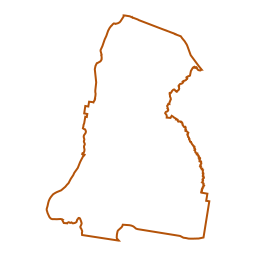 the district of Penrith, New South Wales, Australia
{"feature_id": "25037944B77698637071191", "entity_name": "Penrith", "entity_type": "district", "adm_level": 2, "iso_a3": "AUS", "parent_name": "Australia", "parent_adm1": "New South Wales", "projection": "albers", "projection_center": [150.748, -33.748], "detail": "fine", "context": "isolated", "style": "outline", "palette": "amber", "viewbox_px": 256, "rotation_deg": 0, "n_neighbors": 0, "source": "geoboundaries", "source_scale": "gbopen_adm2", "svg_char_len": 5798}
<svg xmlns="http://www.w3.org/2000/svg" viewBox="0 0 256 256"><path d="M201.7,69.7L199.0,66.4L190.7,55.2L187.4,46.1L186.8,44.7L184.7,41.3L182.2,38.3L180.8,36.3L175.2,34.2L175.3,34.0L159.4,28.0L138.8,20.1L137.8,19.5L133.0,17.7L132.7,17.8L132.1,17.1L131.9,17.3L129.8,16.3L124.9,15.5L123.6,15.4L123.6,16.5L120.5,21.3L119.6,22.3L118.0,23.2L115.8,23.8L115.4,23.9L115.1,23.6L114.7,23.5L114.1,23.6L113.7,23.5L112.4,24.6L111.9,25.4L111.1,26.0L109.6,28.0L108.1,30.8L106.3,36.0L104.7,39.4L102.4,46.1L100.7,49.8L100.6,50.1L100.6,51.1L101.6,54.7L101.3,54.9L101.2,55.2L101.3,55.6L101.5,55.9L101.7,57.7L101.6,58.3L101.7,58.9L101.5,59.0L101.2,60.4L100.2,61.5L97.5,63.0L96.8,63.2L95.5,65.9L94.8,69.2L96.2,82.4L95.3,90.4L95.3,92.0L95.6,93.8L95.4,96.0L94.8,99.1L95.0,99.1L94.9,99.7L94.4,100.7L94.0,101.1L93.9,101.5L93.5,102.0L93.4,102.4L92.5,102.1L89.1,101.7L88.3,106.5L85.3,106.0L84.2,113.4L87.3,114.0L86.8,117.0L85.3,116.7L84.2,123.2L83.5,125.0L83.4,126.2L82.9,128.3L83.9,129.0L85.1,129.4L85.7,130.7L85.9,131.5L85.8,132.3L85.5,133.1L84.1,135.1L83.7,136.2L83.8,137.5L84.3,139.1L84.3,139.8L83.9,141.1L83.9,141.8L84.7,143.6L84.8,144.1L84.7,144.7L84.1,145.9L84.0,146.5L84.0,147.2L84.5,149.5L84.4,150.8L84.2,151.6L83.8,152.5L83.3,152.9L82.5,153.2L82.2,154.2L83.1,154.9L83.4,154.9L84.1,154.5L84.6,154.7L84.3,155.3L83.0,156.5L81.3,159.7L80.1,162.1L77.8,167.9L74.3,172.8L73.2,175.2L70.8,178.8L68.5,183.2L67.1,184.6L65.3,186.8L61.2,190.3L56.6,192.2L54.8,193.2L53.1,194.3L51.1,196.7L49.9,198.5L48.9,200.6L48.3,202.6L47.5,206.2L46.7,208.9L46.7,210.0L47.3,212.0L47.6,213.1L49.4,217.0L50.6,218.4L51.3,218.8L52.1,219.1L57.0,219.2L60.5,219.0L62.1,219.3L62.7,219.7L62.2,220.0L63.8,223.0L67.0,223.3L67.0,223.0L68.8,222.2L70.2,222.9L71.5,222.4L71.8,222.6L72.4,223.2L73.0,223.3L74.8,223.0L76.4,222.1L77.1,220.2L77.2,219.6L77.9,219.0L78.5,218.0L78.9,217.9L79.5,218.1L80.0,218.5L81.2,221.6L81.3,222.3L81.6,223.0L81.6,223.6L81.3,224.6L80.3,226.8L80.6,227.9L81.1,228.4L82.2,231.1L82.2,231.4L81.9,233.0L82.1,235.0L118.7,240.6L118.8,240.6L117.0,238.6L116.7,237.7L116.9,234.6L117.5,231.6L117.7,231.0L118.2,230.3L121.4,227.4L122.1,226.5L122.4,225.9L122.7,224.9L122.8,224.7L129.5,225.2L131.4,225.6L133.1,226.3L133.9,226.8L136.0,228.6L137.5,229.1L179.2,235.8L180.2,236.0L183.4,237.7L186.3,238.1L188.5,238.6L191.6,238.7L198.7,238.5L203.5,237.5L209.3,201.3L206.2,200.8L207.4,193.7L201.2,192.6L201.1,192.3L201.4,191.4L201.8,191.2L201.8,190.9L201.7,190.5L202.0,190.4L202.0,190.1L202.0,189.9L201.8,189.8L201.8,189.5L202.2,189.2L202.0,188.7L202.2,188.3L202.7,188.1L202.6,187.7L202.8,187.4L202.8,187.1L203.4,186.8L203.4,186.7L203.3,186.3L203.7,186.1L204.0,185.6L203.7,185.5L203.3,184.8L203.6,184.4L203.5,184.1L203.6,183.5L203.1,183.1L203.0,182.9L202.6,182.8L202.6,182.2L202.3,182.1L202.7,181.7L202.6,181.2L203.1,180.7L203.0,180.0L202.6,179.9L202.5,179.7L202.5,179.3L203.9,177.9L203.9,177.6L203.5,177.4L203.5,177.0L203.2,176.8L203.6,176.5L203.6,176.3L202.9,176.0L202.8,175.3L203.1,174.4L203.3,174.3L203.4,173.9L203.4,173.6L202.8,173.5L202.7,173.3L203.0,172.6L202.8,172.3L202.8,170.7L203.0,170.1L202.5,169.9L202.3,169.5L201.9,169.4L202.2,168.6L201.2,168.3L200.8,167.7L200.7,167.0L200.3,166.7L201.0,166.2L200.9,166.0L200.3,165.9L200.2,165.5L200.5,165.2L200.4,164.8L201.3,163.7L201.1,163.3L201.2,162.3L201.1,161.6L200.4,161.7L199.6,161.4L199.9,160.7L199.8,160.2L199.7,160.0L199.4,160.0L199.3,159.8L199.7,159.5L199.7,159.2L200.1,158.8L200.1,158.1L199.9,157.9L199.5,158.2L198.8,158.0L199.0,157.0L198.5,156.8L198.4,156.6L198.7,155.9L198.6,155.7L198.2,155.4L198.1,155.0L197.9,154.8L197.4,154.8L196.8,154.5L197.0,154.0L197.4,153.7L197.4,153.4L197.1,153.3L196.7,153.5L195.4,152.4L195.4,151.6L195.2,151.2L194.9,150.2L194.5,150.0L194.8,149.6L194.8,149.3L195.1,149.2L194.9,148.6L194.2,148.1L194.1,147.3L194.1,147.1L194.5,146.9L194.5,146.6L194.4,146.5L193.9,146.6L193.6,146.4L193.2,145.4L192.9,145.3L192.3,144.4L192.0,144.1L191.8,143.7L191.7,143.2L191.2,142.8L191.0,142.5L191.0,141.9L190.0,141.6L189.9,141.0L189.7,140.2L189.1,139.5L189.4,138.9L189.0,138.6L189.0,137.9L188.9,137.7L188.6,137.4L188.5,137.1L188.1,136.9L188.2,136.5L187.9,136.1L187.8,135.4L187.5,135.1L187.4,134.9L187.3,134.4L187.9,134.2L188.0,133.5L187.9,133.2L188.2,133.0L188.3,132.8L187.7,132.4L187.6,132.0L186.9,131.4L185.4,130.9L185.4,130.6L185.8,130.1L185.5,129.6L185.9,129.4L185.4,128.2L185.7,127.7L185.6,127.2L185.2,126.8L184.6,127.2L183.8,126.8L183.1,125.5L182.7,125.2L182.5,124.5L182.7,124.1L182.2,123.5L182.1,123.0L182.2,122.7L181.5,121.9L181.0,121.6L180.5,122.0L179.8,121.4L178.8,121.4L178.3,121.6L177.7,120.7L177.7,119.8L176.1,119.5L176.4,118.9L173.8,117.4L173.4,116.9L171.7,115.8L170.5,117.9L166.7,117.6L166.8,116.5L166.7,116.0L166.6,115.2L165.8,114.0L165.2,113.3L165.3,112.8L165.8,112.0L166.5,111.6L167.3,111.4L167.6,111.2L168.2,110.2L168.2,109.7L167.8,109.0L168.0,109.0L167.5,107.0L167.2,106.5L167.2,105.7L168.3,104.5L168.4,104.3L168.2,104.0L168.4,103.7L168.6,103.6L168.8,103.9L169.4,104.0L169.3,103.3L169.6,102.7L169.7,101.8L170.1,101.1L170.3,100.2L170.8,99.6L170.7,98.1L170.0,96.6L169.9,94.8L169.6,94.0L169.7,92.9L170.0,92.8L170.6,93.1L170.9,92.9L171.7,91.7L172.1,90.9L173.2,89.8L173.8,89.5L174.4,89.5L175.8,91.2L176.7,91.8L176.9,91.7L176.7,91.2L176.9,90.9L177.6,90.8L177.9,90.4L178.5,90.1L179.0,89.3L179.2,88.5L178.9,87.6L179.1,86.7L178.6,86.2L178.6,85.7L178.9,85.4L179.1,85.6L179.3,84.8L180.2,83.9L181.6,83.7L182.8,82.8L183.4,81.8L183.2,81.7L182.7,81.8L182.6,81.6L183.6,80.9L184.8,80.6L185.8,80.1L186.1,79.9L186.4,79.3L187.1,79.0L187.3,78.5L187.3,78.2L186.6,77.8L186.4,77.4L186.5,77.2L187.9,76.4L189.7,75.8L190.0,75.5L190.9,71.0L192.6,68.1L192.9,68.0L193.0,67.6L193.5,67.2L194.1,66.9L194.3,67.7L195.7,67.9L195.9,67.7L195.9,67.1L196.3,67.1L196.8,67.7L197.2,68.8L197.8,69.6L198.4,70.1L200.2,70.5L200.7,70.3L201.4,69.7L201.7,69.7Z" fill="none" stroke="#b45309" stroke-width="2"/></svg>